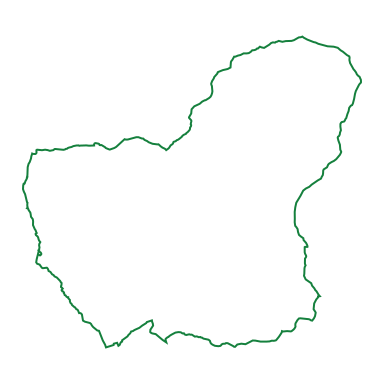 Stoenesti, Arges, Romania
{"feature_id": "2599482B20714759843638", "entity_name": "Stoenesti", "entity_type": "district", "adm_level": 2, "iso_a3": "ROU", "parent_name": "Romania", "parent_adm1": "Arges", "projection": "equal_earth", "projection_center": [25.234, 45.276], "detail": "fine", "context": "isolated", "style": "outline", "palette": "green", "viewbox_px": 384, "rotation_deg": 0, "n_neighbors": 0, "source": "geoboundaries", "source_scale": "gbopen_adm2", "svg_char_len": 5879}
<svg xmlns="http://www.w3.org/2000/svg" viewBox="0 0 384 384"><path d="M235.1,346.8L237.3,344.5L241.3,343.7L245.5,344.2L252.7,340.5L255.2,340.6L260.6,341.6L266.3,341.6L269.6,341.4L271.8,340.7L273.9,340.8L275.8,340.4L276.4,339.9L278.9,336.8L280.7,334.1L281.7,332.5L282.0,331.1L283.1,331.5L287.1,331.1L290.8,331.4L291.5,331.2L293.5,329.6L294.5,328.5L295.5,326.7L295.3,325.0L295.5,323.4L297.4,320.2L298.9,318.5L300.4,318.3L308.8,319.2L309.7,319.5L311.1,320.4L312.2,320.6L313.9,318.4L315.0,316.2L315.7,312.7L315.4,312.0L313.6,309.2L314.2,303.4L316.3,299.4L318.0,297.4L318.0,296.5L319.8,296.2L318.6,294.8L316.5,291.3L315.2,290.0L314.4,288.4L312.1,285.7L311.2,283.2L305.7,279.4L304.0,275.8L304.3,273.9L304.5,268.1L304.8,266.9L305.6,265.3L305.1,264.3L304.9,263.2L305.0,258.6L305.9,257.3L306.2,256.5L306.1,255.7L305.0,253.5L304.7,252.2L304.7,247.1L305.0,246.9L307.4,246.9L307.5,246.2L307.0,244.7L306.0,242.8L303.6,240.1L303.3,238.2L301.0,236.6L299.0,234.9L298.0,231.9L297.6,229.1L296.4,227.2L295.2,225.8L294.7,222.3L294.8,218.9L294.7,211.9L295.3,207.2L296.3,202.7L300.5,195.8L303.2,190.6L305.9,188.5L309.3,186.8L311.7,184.6L317.8,180.4L321.0,178.6L321.7,176.9L322.8,175.1L323.1,173.1L323.2,170.6L323.7,169.4L327.0,167.3L328.2,164.6L328.9,163.8L331.5,162.1L333.8,161.0L336.2,159.2L339.9,154.8L341.1,152.4L341.2,151.7L340.3,149.7L339.9,144.7L338.4,140.6L337.7,137.7L338.0,136.8L339.1,135.9L339.4,135.3L339.8,134.3L340.0,132.6L340.9,130.3L340.4,126.7L340.4,124.0L341.0,122.8L341.7,122.1L344.1,121.5L344.8,120.6L345.4,119.1L346.2,118.2L347.4,114.1L348.6,111.1L349.2,107.8L350.8,105.7L352.1,105.1L352.9,103.5L354.1,98.9L355.0,93.9L355.8,91.1L358.9,85.0L359.8,83.7L360.6,83.0L361.0,82.2L360.9,79.9L359.5,76.7L358.5,76.1L356.9,74.4L356.0,72.4L354.4,70.2L353.6,69.4L350.1,63.1L349.4,60.0L349.6,57.7L349.3,56.4L347.0,55.1L342.9,51.7L340.6,50.3L337.8,47.8L333.7,46.7L327.6,46.3L318.3,43.8L315.6,42.5L313.7,42.1L307.3,39.6L303.6,37.6L302.4,36.6L300.9,37.2L298.8,37.4L293.9,40.2L291.5,40.9L285.7,41.1L282.4,41.8L278.7,40.9L277.1,41.7L276.0,41.9L275.1,42.6L272.8,42.4L271.0,43.1L269.4,44.6L264.1,47.9L261.6,47.4L259.9,46.7L257.8,48.6L257.1,48.5L255.7,49.7L253.9,50.2L252.2,50.3L250.8,51.8L248.8,53.1L246.7,53.4L243.6,53.4L240.5,55.0L237.9,55.6L235.3,56.7L234.1,56.7L232.4,59.8L231.2,61.3L230.9,62.2L230.5,67.5L227.7,69.0L222.9,70.1L217.9,72.1L217.6,72.5L217.6,72.9L217.3,73.6L214.2,77.1L213.8,78.4L212.1,81.1L211.2,83.6L211.3,84.6L211.9,86.0L212.4,91.3L212.1,93.1L211.4,95.2L210.5,96.8L209.0,98.1L205.6,100.2L204.7,100.3L202.2,101.6L199.7,103.8L194.3,106.3L191.6,109.3L191.2,113.5L189.0,117.3L189.1,117.9L191.2,120.3L191.4,121.0L190.7,124.2L191.2,125.1L190.9,126.4L190.1,127.5L189.9,129.3L189.5,130.1L187.5,132.3L186.4,133.0L186.0,133.8L183.6,134.9L182.3,136.0L181.7,136.9L179.1,139.0L177.9,139.8L176.7,140.2L175.7,141.2L173.7,141.8L173.4,142.1L173.0,143.5L172.4,144.2L170.6,145.4L169.2,147.7L168.3,148.6L166.2,150.1L165.5,149.2L164.4,148.5L162.2,147.5L161.6,146.9L161.0,146.6L158.5,144.3L157.4,144.4L152.6,143.8L148.6,142.2L147.2,141.1L144.5,139.9L143.3,138.6L141.9,138.5L138.4,137.2L136.3,137.2L127.9,139.5L125.8,139.6L124.6,139.2L116.2,146.9L114.3,148.0L110.0,149.5L109.4,149.5L106.4,148.3L105.6,147.9L105.2,147.3L101.6,145.1L101.1,145.0L100.2,145.2L99.6,145.0L99.2,144.1L98.6,143.7L95.6,143.1L94.6,143.4L94.0,144.6L94.1,145.5L89.1,145.7L86.3,145.4L80.2,145.6L79.2,145.8L78.6,145.4L76.4,145.5L73.4,146.1L71.5,147.0L69.2,147.5L67.9,148.0L66.9,148.8L65.8,148.9L64.9,149.5L63.4,149.8L55.3,149.0L54.5,149.1L53.4,150.1L49.8,150.8L47.7,150.1L45.1,149.7L42.0,150.2L37.1,149.7L36.4,150.2L36.5,152.8L36.0,153.6L35.3,154.0L32.6,153.9L32.2,153.6L31.3,156.4L31.0,158.5L29.7,162.1L28.6,163.8L27.7,167.1L27.4,175.2L27.0,177.1L27.3,177.1L27.2,177.6L26.4,179.5L25.4,181.2L24.7,183.4L24.0,183.5L23.9,184.1L23.5,184.1L23.2,185.4L23.0,189.1L23.8,191.5L25.1,194.2L27.0,202.1L27.5,202.7L27.3,204.0L27.3,206.1L27.7,207.3L27.0,208.2L28.2,208.8L28.7,210.2L30.3,212.5L30.7,214.4L31.0,216.8L32.8,219.2L33.1,221.3L33.0,225.1L34.8,229.2L35.6,230.3L36.3,232.3L36.7,233.0L35.6,233.9L35.7,234.5L35.9,235.0L37.7,236.6L38.2,237.7L38.6,239.3L39.1,240.6L40.3,242.1L39.3,243.9L39.1,245.3L39.5,247.4L39.1,249.5L39.2,250.0L38.4,250.4L38.7,251.3L39.4,251.9L40.4,252.2L41.0,253.0L41.3,253.7L41.2,254.4L40.3,255.3L39.7,255.3L38.7,254.6L38.1,253.6L36.7,259.2L36.2,262.3L37.1,263.7L39.6,264.6L41.8,267.7L42.8,268.2L46.8,267.7L47.3,268.1L48.1,269.3L48.6,271.0L50.4,271.9L52.1,274.3L53.6,275.1L54.5,276.4L56.8,277.5L60.1,280.9L60.8,282.2L61.5,282.8L61.6,283.6L61.4,285.3L61.0,286.1L61.1,287.2L62.0,287.7L62.7,288.6L62.2,288.9L62.1,289.5L61.6,290.1L62.3,291.3L63.0,291.4L64.0,292.5L63.8,293.2L64.5,294.2L64.7,295.1L65.7,295.5L66.4,296.6L67.1,297.1L68.2,297.2L68.2,298.1L69.9,300.0L69.9,301.5L70.6,303.1L71.6,303.9L72.0,305.0L74.5,307.2L75.1,307.4L76.3,309.2L77.4,309.6L78.0,310.4L79.1,313.1L79.7,313.0L80.8,313.3L81.9,314.4L83.0,320.6L84.9,321.7L89.9,323.0L91.1,324.0L91.8,325.4L93.2,327.1L97.3,330.5L99.0,330.8L102.8,340.5L105.1,344.7L106.0,347.4L113.6,345.0L113.8,343.7L117.1,342.8L118.4,345.8L119.6,345.0L120.8,342.3L122.1,341.6L122.1,340.3L127.5,336.4L128.3,335.1L130.2,333.3L131.1,331.5L132.9,331.1L134.5,330.0L139.4,327.8L142.2,325.6L146.2,323.1L146.8,322.1L151.9,320.4L152.2,322.1L152.8,323.5L153.1,325.6L150.4,329.7L150.2,332.0L150.7,332.6L152.2,333.4L155.7,334.1L162.7,340.0L166.3,342.4L165.5,339.8L165.7,338.8L167.6,337.2L168.4,337.0L169.5,335.9L171.4,334.7L175.4,332.6L178.4,332.1L180.8,332.3L182.4,333.4L183.9,333.3L184.6,334.4L186.2,335.0L189.2,334.3L190.5,334.7L191.3,334.6L192.1,334.8L194.8,336.6L196.8,336.4L198.8,337.2L200.4,337.0L201.2,337.6L202.0,337.6L203.4,338.6L208.5,339.7L209.9,340.8L210.5,342.7L211.3,343.8L212.6,344.7L214.9,345.8L218.4,346.2L220.3,345.9L221.2,345.2L221.5,344.5L222.9,343.8L225.1,343.7L226.0,343.1L227.7,343.2L232.9,345.9L234.2,346.8L235.1,346.8Z" fill="none" stroke="#15803d" stroke-width="2"/></svg>